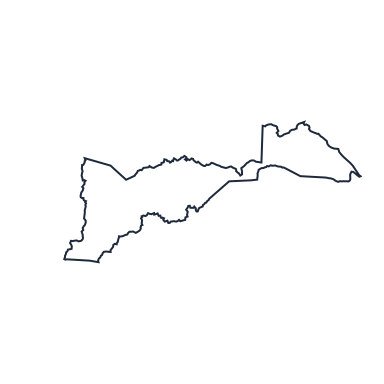 São Jerônimo, Rio Grande do Sul, Brazil, rotated 51°
{"feature_id": "56859067B72938685256949", "entity_name": "São Jerônimo", "entity_type": "district", "adm_level": 2, "iso_a3": "BRA", "parent_name": "Brazil", "parent_adm1": "Rio Grande do Sul", "projection": "albers", "projection_center": [-51.898, -30.291], "detail": "fine", "context": "isolated", "style": "outline", "palette": "slate", "viewbox_px": 384, "rotation_deg": 51, "n_neighbors": 0, "source": "geoboundaries", "source_scale": "gbopen_adm2", "svg_char_len": 4524}
<svg xmlns="http://www.w3.org/2000/svg" viewBox="0 0 384 384"><g transform="rotate(51 192 192)"><path d="M266.6,77.6L267.7,76.7L268.6,75.7L271.0,74.1L273.6,73.4L274.6,72.9L276.1,72.0L276.7,70.2L277.9,69.1L279.0,67.4L280.0,66.4L280.7,65.3L281.6,64.5L282.3,63.6L282.4,62.2L281.6,60.8L280.7,60.2L279.6,59.3L278.4,58.5L277.4,57.2L276.6,55.2L277.9,54.0L279.3,53.7L280.9,53.3L282.3,53.1L283.8,52.8L285.5,52.3L285.8,51.1L284.0,51.5L274.9,50.7L272.5,50.5L269.6,50.7L268.0,50.9L265.6,51.3L262.4,51.8L260.5,52.1L258.4,52.3L257.1,52.4L255.9,52.4L254.6,52.4L253.5,52.4L251.9,51.7L250.6,51.2L247.7,54.2L246.3,55.0L245.3,55.7L242.5,56.6L241.5,56.6L239.8,56.5L237.3,55.2L231.1,56.4L230.0,56.9L226.3,57.1L225.6,58.1L224.4,58.7L223.5,59.3L219.1,61.6L216.6,61.4L216.0,60.2L214.3,59.5L211.4,60.7L210.8,62.3L208.9,62.3L208.2,60.8L206.2,66.2L206.4,68.1L207.4,69.8L208.5,70.7L207.8,73.3L206.7,74.9L206.2,77.1L207.0,79.5L206.3,81.1L205.1,84.4L205.1,86.3L204.3,88.8L202.3,89.6L200.8,88.8L199.4,89.0L199.0,86.5L196.2,85.9L195.2,85.0L194.0,85.1L190.7,87.2L189.2,87.7L187.6,90.2L186.9,92.4L187.0,93.8L185.0,95.4L212.8,119.5L208.5,123.4L206.7,123.9L205.2,125.4L204.4,127.3L204.4,129.5L204.0,130.9L204.6,135.0L204.5,138.7L207.4,140.1L209.8,142.0L209.6,144.1L207.3,143.8L206.2,144.1L203.7,144.6L202.7,143.8L201.6,143.4L199.1,144.8L196.8,145.5L196.1,146.7L195.7,148.2L194.7,150.6L190.7,153.5L189.3,153.9L186.4,155.8L182.7,157.6L181.5,158.6L181.8,160.6L181.2,162.5L179.9,163.4L180.1,165.2L179.1,166.5L176.1,167.6L172.3,168.2L172.3,169.7L171.1,170.3L168.2,170.8L167.0,170.3L165.6,171.3L165.8,172.5L165.5,174.0L163.8,174.6L164.1,176.5L162.3,176.9L162.3,175.4L161.5,174.5L159.2,175.2L159.3,177.3L158.5,178.7L158.9,179.9L158.7,181.5L158.6,183.2L157.8,184.0L156.7,184.0L154.5,184.8L155.0,185.9L156.1,187.2L155.2,187.8L155.6,189.5L155.3,190.6L153.9,190.4L152.4,191.8L151.1,191.5L149.2,192.9L151.2,195.3L150.2,197.4L151.4,198.6L150.2,201.0L150.0,202.3L149.4,204.9L149.3,206.4L147.8,207.8L145.1,208.7L145.6,209.9L142.7,214.6L143.4,217.4L142.2,218.3L142.0,219.6L141.5,220.8L142.4,222.6L142.8,225.1L143.3,226.2L142.4,230.1L141.0,235.5L130.1,237.2L120.2,238.7L98.2,254.1L100.4,254.9L100.5,256.1L101.4,256.7L102.0,258.1L102.5,259.4L101.9,260.6L102.9,261.3L104.6,263.0L106.0,263.5L107.2,264.1L107.8,265.2L108.9,266.4L109.8,267.5L111.3,268.1L112.7,268.7L114.2,269.6L114.9,268.3L116.3,267.7L116.6,269.4L118.1,270.5L118.5,272.3L118.9,274.1L120.7,274.0L122.1,276.0L122.7,278.3L124.5,280.6L125.8,281.7L127.0,281.6L128.4,280.2L129.3,281.0L130.6,281.2L132.4,280.2L132.8,281.5L134.2,281.5L134.9,283.0L136.3,283.6L138.9,287.1L139.9,287.7L140.8,288.5L144.7,292.6L147.3,292.6L148.9,293.9L150.2,296.0L150.5,297.9L151.3,299.7L153.1,300.4L153.3,302.7L154.6,303.2L156.8,304.0L157.5,304.8L159.0,305.5L159.8,306.6L160.2,308.6L159.1,311.1L157.0,312.2L155.8,314.1L155.1,315.6L153.8,316.8L155.0,318.9L157.1,319.1L158.6,319.6L160.4,321.4L158.7,324.7L159.7,326.2L159.7,327.8L160.8,328.9L161.7,330.9L162.7,331.6L163.7,333.5L164.9,333.0L165.5,331.7L171.3,325.3L181.1,314.6L187.7,308.8L186.3,308.2L185.5,307.1L185.1,305.9L185.2,304.7L184.2,303.0L184.4,301.7L183.3,299.8L183.0,298.2L184.2,296.2L187.4,293.0L186.0,292.0L185.6,290.4L185.1,288.1L183.5,286.2L183.8,284.5L185.2,283.4L184.4,282.7L184.0,281.0L182.4,279.1L181.5,277.6L180.5,276.6L181.6,275.6L182.8,273.5L183.3,271.2L184.3,269.0L183.7,267.6L183.5,265.7L184.7,264.1L185.7,262.6L188.4,261.4L189.0,257.7L188.8,256.0L188.1,254.8L187.0,254.1L186.1,252.6L186.4,251.3L184.9,251.0L182.4,248.5L180.4,248.2L180.2,246.6L179.2,246.4L179.7,244.6L181.5,243.2L181.5,241.3L180.8,239.5L182.4,238.6L183.7,237.5L184.5,234.8L185.8,235.6L186.6,233.7L187.0,232.2L189.5,232.9L190.4,231.5L191.4,232.1L192.8,232.2L193.3,231.1L194.8,230.3L195.4,231.8L197.9,231.8L198.8,229.2L201.2,229.9L202.0,228.6L201.6,227.3L203.2,224.5L205.1,222.9L205.6,221.2L205.5,219.6L207.4,219.5L208.6,216.4L209.4,214.9L207.6,213.1L208.3,210.9L206.7,210.3L204.6,207.7L202.1,207.7L201.4,205.2L200.5,203.6L201.3,202.4L203.2,203.2L205.3,200.7L204.8,199.4L207.0,199.3L208.8,200.6L210.0,200.7L210.7,199.8L209.6,198.0L209.0,196.6L209.3,195.0L210.0,192.8L209.0,191.8L209.1,189.9L208.7,188.6L209.2,187.5L208.6,185.8L208.7,184.0L208.1,182.9L207.9,177.8L207.1,156.4L220.2,138.6L223.4,133.6L221.4,131.5L220.4,130.5L218.8,129.4L217.8,127.6L216.7,126.2L217.2,122.9L218.4,121.3L218.6,120.0L219.3,118.7L219.1,117.3L220.4,116.2L220.8,114.0L222.1,113.1L223.7,110.7L226.2,109.2L228.5,106.8L229.9,106.4L230.8,105.2L247.9,97.8L265.1,78.8L266.6,77.6Z" fill="none" stroke="#1e293b" stroke-width="2"/></g></svg>